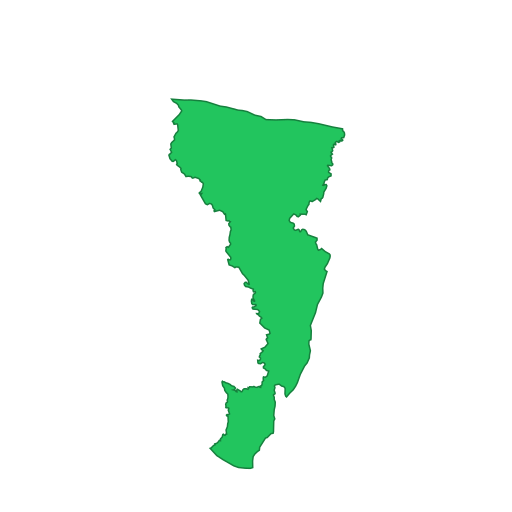 District #4, Grand Bassa, Liberia (Mercator projection), rotated 148°
{"feature_id": "62588387B61310853787803", "entity_name": "District #4", "entity_type": "district", "adm_level": 2, "iso_a3": "LBR", "parent_name": "Liberia", "parent_adm1": "Grand Bassa", "projection": "mercator", "projection_center": [-9.694, 5.903], "detail": "fine", "context": "isolated", "style": "filled", "palette": "green", "viewbox_px": 512, "rotation_deg": 148, "n_neighbors": 0, "source": "geoboundaries", "source_scale": "gbopen_adm2", "svg_char_len": 6155}
<svg xmlns="http://www.w3.org/2000/svg" viewBox="0 0 512 512"><g transform="rotate(148 256 256)"><path d="M213.6,197.0L204.0,205.2L204.7,206.5L205.0,208.6L203.5,209.9L199.5,211.7L194.4,215.2L193.1,216.7L192.6,217.8L192.7,218.9L195.0,223.1L196.4,227.6L197.9,227.3L200.0,227.8L200.0,229.2L198.6,233.4L198.7,234.6L198.2,236.3L195.8,237.1L194.8,238.8L200.9,246.6L200.3,250.2L200.5,251.8L201.1,252.9L202.2,253.9L203.3,254.0L205.4,253.0L206.0,253.5L205.6,255.5L206.0,256.3L208.7,256.7L209.7,257.8L209.6,260.0L207.5,261.0L206.7,262.9L207.1,264.2L209.0,266.3L209.1,268.5L207.5,270.1L201.7,271.7L200.4,269.7L200.2,267.8L199.3,266.8L196.7,267.2L196.4,268.1L192.2,265.4L191.6,264.4L188.9,266.5L189.0,268.7L188.2,269.4L184.9,271.4L183.9,271.6L182.4,273.5L180.9,274.1L179.5,272.4L175.3,272.3L174.1,272.7L173.4,271.9L172.4,268.1L170.2,270.1L169.3,269.9L168.3,270.3L165.6,272.9L164.7,274.2L160.6,276.3L158.7,278.0L158.6,279.4L159.8,280.0L161.2,280.0L161.8,280.6L159.9,281.5L158.9,282.6L157.1,283.8L155.1,283.0L153.9,284.2L152.6,284.6L149.9,284.2L148.8,285.9L150.1,288.4L149.4,289.5L148.6,290.0L147.7,289.9L147.3,291.1L147.6,294.6L147.0,294.9L144.1,292.5L142.6,292.7L142.1,293.3L142.3,295.5L141.7,296.0L141.3,297.9L140.1,298.8L139.6,299.7L140.1,300.6L139.6,301.6L137.2,301.9L137.5,303.6L137.3,304.3L136.5,304.2L135.2,304.6L134.2,307.6L133.0,306.9L132.3,306.9L131.7,308.8L131.1,309.5L129.5,308.1L128.9,308.6L129.2,309.7L128.4,310.3L126.8,310.4L125.7,308.5L124.7,308.5L124.5,309.5L123.3,309.5L123.1,308.5L122.1,308.0L121.0,308.3L121.5,310.3L120.7,310.9L118.9,309.9L116.7,311.7L115.8,313.5L115.7,315.3L116.2,316.2L115.2,318.0L122.8,324.9L132.7,334.9L138.6,340.2L144.3,344.4L151.1,351.0L156.7,354.9L167.0,360.8L175.3,366.4L177.8,371.6L182.4,376.1L186.9,383.1L190.5,386.6L193.9,389.2L202.2,398.1L207.0,402.1L216.3,413.2L220.4,416.7L228.7,422.9L233.9,426.0L244.4,433.7L244.2,430.7L242.4,427.5L241.9,425.1L242.4,423.3L241.9,419.4L242.1,418.4L246.1,416.6L255.5,414.4L255.1,412.4L255.5,412.4L255.7,411.1L252.9,409.9L252.9,408.8L255.4,403.6L257.4,402.7L258.8,402.5L262.5,400.4L262.6,399.5L263.6,397.6L267.4,396.9L268.9,396.1L270.6,392.4L272.3,392.0L272.6,388.7L275.0,388.0L275.4,388.2L276.4,387.7L277.4,384.1L276.9,380.7L275.9,380.0L273.3,380.4L272.9,379.1L273.8,376.1L274.7,375.9L274.8,374.9L273.6,371.9L273.2,370.1L274.0,369.1L274.6,366.5L273.2,363.4L273.3,360.5L271.1,359.5L268.9,357.7L268.7,355.8L267.5,355.3L266.0,355.1L263.6,352.2L263.2,351.0L263.5,349.5L263.1,349.6L263.3,348.8L263.0,347.4L262.5,347.1L262.3,345.3L264.6,342.6L268.0,340.1L269.5,339.6L270.0,339.8L270.8,339.5L270.8,338.4L269.0,337.7L270.8,336.9L271.2,327.1L270.1,325.3L267.6,325.2L266.3,323.9L266.1,322.1L266.9,319.5L266.4,316.9L267.7,316.5L267.7,315.7L262.6,314.1L260.7,311.2L260.6,308.1L259.7,308.1L259.6,307.8L262.5,302.0L261.4,300.7L260.2,300.3L260.2,299.2L259.7,298.7L262.0,297.8L262.6,296.5L262.5,294.6L262.1,293.8L263.3,291.3L264.7,290.4L266.7,288.0L268.8,286.0L270.5,283.6L271.0,281.9L270.8,280.4L271.3,279.4L274.9,278.0L275.5,279.2L277.0,279.1L277.5,277.9L278.6,276.7L279.0,275.8L278.1,268.3L278.7,267.1L279.6,266.4L280.5,266.7L281.3,268.0L281.9,267.9L283.5,262.7L281.4,260.1L280.1,257.3L278.7,257.3L276.5,255.6L276.8,248.1L276.2,245.8L275.5,239.8L276.7,235.6L277.1,235.6L277.6,236.7L278.2,238.9L279.0,239.4L280.7,238.9L281.2,237.5L281.0,235.6L278.8,233.7L277.4,231.3L275.8,229.3L276.9,228.1L277.1,226.9L275.5,226.2L275.8,225.3L276.8,224.8L278.5,224.8L279.8,223.5L280.8,221.8L280.9,218.9L281.2,218.4L281.6,218.5L281.9,219.2L282.2,221.4L282.6,221.6L283.8,220.2L284.8,217.9L284.5,216.5L281.9,214.9L281.9,214.3L282.4,213.8L284.8,213.9L286.0,214.5L286.7,214.1L286.7,212.6L283.0,209.8L282.6,208.4L282.5,206.8L283.2,206.4L284.4,205.8L285.9,206.8L285.9,206.2L285.0,204.6L285.0,203.4L284.1,201.3L284.0,200.2L285.8,199.9L288.3,197.1L286.8,190.4L284.1,186.2L285.1,182.9L286.3,182.8L288.8,183.6L289.5,180.4L290.9,180.3L291.7,179.6L291.4,178.9L291.7,178.8L292.2,175.4L296.9,173.9L300.8,174.5L300.9,173.7L300.1,171.9L301.0,171.4L304.2,171.0L304.9,169.7L306.0,169.3L306.7,168.6L306.2,167.2L306.8,166.2L308.1,165.6L308.8,165.7L309.8,166.7L311.0,164.3L310.8,163.5L309.2,162.2L307.0,162.3L305.7,161.0L305.6,159.5L306.4,158.8L308.4,158.2L309.0,157.1L308.0,155.3L307.8,153.4L306.2,151.7L310.0,148.4L312.4,148.2L313.7,149.5L314.4,148.9L315.3,147.4L315.4,146.5L317.6,145.9L318.6,144.2L320.0,143.1L321.1,143.4L321.7,142.1L322.3,142.6L322.4,143.5L323.2,144.0L324.7,144.0L326.2,145.2L326.9,146.5L328.0,146.6L330.7,148.5L331.7,148.0L332.4,148.6L332.7,147.6L333.5,147.2L334.7,148.7L336.5,149.7L337.9,149.5L339.8,148.4L340.6,148.7L340.9,150.0L342.5,153.0L343.6,152.3L344.1,150.9L344.7,151.4L345.0,153.2L346.1,154.4L344.9,154.0L343.4,155.0L343.9,157.3L344.4,157.5L345.8,159.5L345.8,160.4L347.3,162.9L348.9,164.6L349.4,165.9L350.7,166.9L350.8,167.6L351.2,167.5L351.7,167.0L353.0,163.6L352.8,160.9L353.7,158.5L353.6,155.9L353.1,153.7L354.5,151.2L355.7,149.8L356.8,149.1L357.2,147.8L358.0,147.1L358.9,147.3L360.3,146.3L361.1,144.3L361.8,143.8L361.8,143.2L359.8,141.7L360.0,140.9L361.2,140.0L362.1,136.1L363.3,136.1L364.6,136.9L365.4,136.7L365.5,135.9L364.7,134.9L367.5,129.9L368.7,129.0L370.7,126.4L373.6,124.3L375.3,120.5L376.1,120.9L377.2,120.3L377.8,120.8L378.0,122.1L378.7,122.2L380.7,120.3L382.9,119.8L384.0,118.2L384.7,119.1L387.3,118.1L388.7,118.0L390.5,118.5L390.7,117.6L392.4,117.8L395.8,117.0L396.8,117.2L395.0,107.5L391.9,100.8L386.0,89.8L382.9,85.9L377.5,81.7L373.3,78.9L370.9,78.3L367.5,84.0L364.7,87.4L361.9,88.7L358.4,89.4L356.1,89.5L354.2,91.9L344.4,96.6L342.7,96.1L337.4,97.4L335.4,96.6L334.3,97.7L328.3,106.8L326.4,107.9L325.5,111.3L322.0,116.0L319.4,118.6L317.1,121.9L316.6,124.6L315.4,126.5L315.0,128.7L314.5,129.2L313.2,129.0L312.5,129.5L311.7,132.6L309.7,134.3L309.3,136.0L308.0,136.5L304.3,135.1L303.1,132.0L301.6,130.5L301.4,128.3L304.5,123.7L305.1,121.4L304.8,120.3L299.8,121.9L295.4,122.8L291.4,124.6L288.0,126.7L281.1,132.2L273.0,137.0L269.4,138.2L264.8,141.3L263.0,143.8L260.1,146.8L257.9,153.3L256.1,155.9L254.5,156.2L253.9,155.9L253.3,156.5L248.7,163.4L246.7,168.3L235.6,176.4L229.6,182.3L222.3,186.5L218.9,189.1L216.4,193.4L213.6,197.0Z" fill="#22c55e" stroke="#15803d" stroke-width="1.5"/></g></svg>